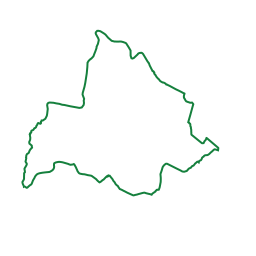 the district of Sourou, Sourou, Burkina Faso, rotated 16°
{"feature_id": "67063806B20155029653315", "entity_name": "Sourou", "entity_type": "district", "adm_level": 2, "iso_a3": "BFA", "parent_name": "Burkina Faso", "parent_adm1": "Sourou", "projection": "albers", "projection_center": [-3.016, 13.252], "detail": "fine", "context": "isolated", "style": "outline", "palette": "green", "viewbox_px": 256, "rotation_deg": 16, "n_neighbors": 0, "source": "geoboundaries", "source_scale": "gbopen_adm2", "svg_char_len": 5746}
<svg xmlns="http://www.w3.org/2000/svg" viewBox="0 0 256 256"><g transform="rotate(16 128 128)"><path d="M169.1,185.6L169.4,184.6L169.9,183.9L170.7,182.9L171.3,182.2L171.8,181.6L171.8,181.3L171.9,180.9L172.4,180.3L172.6,179.6L173.2,179.2L173.8,179.2L174.6,178.8L174.7,177.8L174.8,176.4L174.3,170.9L173.7,168.5L173.2,166.8L172.6,165.2L172.0,163.7L171.9,162.8L172.0,161.8L172.1,159.4L172.1,156.2L172.4,155.1L172.9,153.9L173.6,152.8L174.2,152.0L174.7,151.8L175.5,151.6L185.5,153.5L190.6,154.4L191.5,154.7L192.4,154.8L193.4,154.7L194.4,154.4L195.3,153.7L196.1,153.3L196.4,153.0L196.9,151.8L197.1,151.6L197.5,150.5L197.6,150.4L197.9,150.1L198.3,149.7L199.4,148.8L199.7,147.9L200.0,147.3L200.4,146.7L201.1,146.3L201.4,146.0L201.5,145.7L202.1,144.4L202.2,143.8L203.1,142.6L203.4,142.0L203.8,141.4L204.4,141.1L205.5,141.6L205.5,140.5L205.6,140.1L205.9,139.7L206.8,139.0L207.1,138.6L207.3,137.7L207.4,137.2L207.4,136.4L207.5,136.0L208.1,135.1L208.6,134.6L208.7,134.1L209.1,133.5L209.6,133.0L210.3,132.7L211.9,132.1L212.6,131.4L213.1,130.8L213.6,130.0L214.3,128.7L215.1,127.6L216.1,125.9L216.5,125.3L216.8,124.9L217.2,124.6L217.6,124.6L218.2,124.5L220.7,124.6L220.5,123.1L220.3,122.4L220.2,122.2L217.8,121.1L213.8,119.3L206.5,116.0L206.2,116.0L206.1,116.4L206.2,117.0L206.0,117.9L205.7,118.6L205.2,119.6L205.1,120.1L204.8,121.7L203.8,122.1L203.2,122.2L200.1,120.9L191.0,117.0L190.7,116.7L190.4,115.9L190.0,114.5L189.8,114.1L189.6,113.3L189.1,111.8L188.7,111.3L188.2,109.8L187.5,109.1L186.9,107.4L186.7,107.0L186.4,106.7L186.0,106.6L185.6,106.6L185.2,106.0L184.4,105.9L184.4,105.7L184.3,105.4L184.3,104.0L184.3,98.7L184.2,90.3L184.2,87.1L184.0,86.9L183.7,86.8L183.4,86.5L182.9,86.1L182.5,85.9L182.3,86.0L182.1,86.1L181.6,86.3L181.1,86.5L180.2,86.6L179.7,86.5L178.7,86.5L177.3,86.4L176.6,86.3L175.9,85.8L175.4,85.4L174.9,84.7L174.3,84.3L173.4,83.4L173.4,83.2L173.0,82.3L172.9,81.7L172.8,80.5L172.9,79.5L172.8,79.3L172.4,79.2L171.7,79.2L170.9,79.0L169.1,78.6L166.5,78.1L163.4,77.6L158.0,76.4L156.2,76.0L154.8,75.8L153.6,75.5L152.9,75.7L152.7,75.6L151.9,75.0L151.1,74.8L149.8,74.5L148.8,74.7L147.8,74.5L146.3,74.1L145.4,73.6L144.5,72.8L143.7,72.4L143.4,72.3L143.2,72.2L142.9,72.0L141.2,70.9L140.0,69.7L139.6,69.3L139.1,69.2L138.9,69.1L138.3,68.4L138.1,68.2L138.1,67.7L137.9,67.6L137.6,67.4L137.6,67.1L137.1,66.8L136.8,66.5L136.6,66.6L135.9,66.5L135.5,66.2L135.3,65.8L134.3,64.8L131.6,61.9L130.2,59.9L129.8,59.8L129.5,59.4L128.5,58.7L122.1,52.7L121.0,52.1L120.1,52.0L118.2,52.8L117.2,53.8L117.1,54.4L114.3,59.1L113.2,60.0L112.1,60.0L110.6,57.8L109.1,52.8L106.5,50.3L103.0,47.2L102.2,46.9L99.6,46.7L97.4,46.8L95.2,47.5L91.3,48.6L88.3,48.7L84.0,46.7L80.6,44.4L78.7,43.7L74.8,42.6L72.8,42.7L71.6,43.1L70.7,44.9L70.8,45.8L71.4,46.7L74.7,50.0L75.7,51.5L75.9,55.4L75.4,58.6L75.7,59.7L75.5,63.2L75.2,66.0L75.0,68.7L73.5,71.6L73.1,71.8L71.7,74.2L71.1,76.3L72.1,80.6L73.3,86.9L74.5,96.5L74.8,100.5L74.8,106.6L75.1,108.4L77.8,112.1L77.9,113.9L78.8,116.1L79.0,118.1L77.9,121.0L75.7,122.1L72.6,122.4L66.8,123.0L60.5,123.4L58.3,123.8L55.4,123.7L52.3,124.1L49.4,124.3L45.7,125.1L44.5,125.8L43.9,127.0L44.0,128.4L45.6,131.8L46.4,136.6L46.6,138.6L46.0,141.9L44.1,144.2L43.1,144.5L43.2,144.8L42.5,145.8L42.5,146.0L42.7,146.3L42.7,146.6L43.0,147.1L43.0,147.4L42.9,147.7L42.7,148.0L42.4,148.0L42.0,148.1L41.0,148.0L40.6,147.9L40.3,148.0L40.0,148.5L39.9,148.8L39.9,149.6L39.8,150.1L39.4,151.2L39.3,151.5L39.4,151.8L39.4,152.3L39.3,152.7L38.9,153.4L38.5,153.8L38.2,153.9L38.0,154.2L37.9,154.6L37.7,155.4L37.5,155.9L37.2,156.2L36.3,156.9L36.0,157.2L35.9,157.6L35.9,158.1L36.2,158.7L36.1,159.0L36.0,159.4L35.5,159.9L35.3,160.1L35.3,160.3L35.8,160.0L35.6,161.2L35.6,161.6L35.8,162.2L36.1,162.9L36.7,164.1L36.9,164.8L37.0,165.5L37.2,166.3L36.9,168.7L37.0,169.0L37.3,169.7L37.6,170.2L39.4,171.0L40.1,171.3L40.5,171.7L40.6,172.3L41.0,172.9L41.2,173.3L40.9,173.9L40.6,174.2L40.4,174.9L40.1,175.3L39.9,176.0L39.7,176.7L39.6,177.4L39.5,178.8L39.4,179.3L39.0,179.9L38.5,180.4L38.1,180.9L37.8,182.3L38.0,183.2L38.1,184.5L38.5,184.9L38.8,188.6L39.7,189.5L40.4,190.0L40.7,190.8L40.6,192.0L39.7,195.5L39.8,196.0L40.3,197.0L40.8,198.0L41.1,199.0L40.9,199.3L40.6,200.1L41.2,202.2L41.3,202.8L41.9,204.9L42.1,205.7L41.9,207.1L41.4,209.0L41.7,209.8L42.4,210.9L43.9,212.6L44.1,213.1L44.4,212.8L44.8,212.8L45.2,212.8L46.4,213.2L46.9,213.4L47.2,213.3L47.6,213.1L47.9,212.7L48.3,211.9L49.5,210.1L50.0,209.5L50.5,209.0L50.8,208.1L50.9,207.2L51.1,204.6L51.3,203.8L51.8,202.0L51.9,201.2L52.0,200.6L52.3,199.5L53.2,197.7L54.1,196.8L55.4,195.9L57.8,194.7L60.6,193.5L63.4,192.4L64.8,191.8L65.8,190.8L66.8,189.7L67.4,188.7L67.8,187.5L67.8,186.3L67.6,185.3L67.2,184.5L66.8,183.0L66.8,182.4L66.9,182.1L68.0,181.1L69.2,180.4L70.2,179.9L71.2,179.5L72.8,179.2L74.7,179.0L76.6,179.0L79.1,179.0L80.3,179.0L81.7,179.2L82.9,179.2L83.8,178.8L84.5,178.5L85.1,178.2L85.8,177.6L86.1,177.7L86.6,178.0L88.9,180.3L89.5,181.1L90.5,182.2L91.3,183.3L92.9,184.6L93.2,184.8L93.7,185.0L94.6,185.1L97.0,184.9L98.9,184.5L100.9,184.4L102.2,184.4L103.9,184.2L105.7,184.0L106.4,184.1L107.2,184.4L110.8,185.7L111.8,186.1L112.1,186.4L113.7,187.3L114.7,187.7L115.2,188.0L115.6,188.1L116.2,187.6L117.1,186.5L117.6,185.6L118.0,185.0L118.7,184.4L119.1,183.6L119.7,182.5L120.2,181.5L121.0,180.2L121.3,179.9L121.3,180.6L121.6,180.4L122.3,179.8L122.7,179.4L123.0,179.1L123.4,178.9L123.6,178.9L124.1,179.3L125.2,180.1L127.0,181.3L128.6,182.9L130.2,183.9L131.3,185.1L132.2,185.7L133.1,186.2L134.0,186.4L135.5,187.8L136.9,188.9L137.9,189.0L138.7,189.1L139.9,189.3L141.0,189.6L141.9,189.7L145.2,190.4L150.8,191.2L151.6,191.3L152.2,191.1L153.1,190.5L155.0,189.5L156.5,188.5L157.7,187.8L159.0,187.0L160.5,186.1L161.0,185.9L161.4,185.7L162.0,185.6L163.3,185.7L165.8,185.6L167.4,185.5L169.1,185.6Z" fill="none" stroke="#15803d" stroke-width="2"/></g></svg>